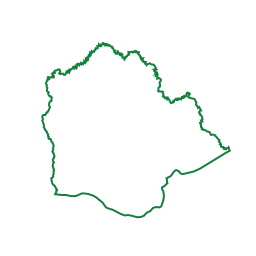 outline of Bugesera, Eastern, Rwanda, rotated 342°
{"feature_id": "39286606B3134655885223", "entity_name": "Bugesera", "entity_type": "district", "adm_level": 2, "iso_a3": "RWA", "parent_name": "Rwanda", "parent_adm1": "Eastern", "projection": "mercator", "projection_center": [30.152, -2.233], "detail": "fine", "context": "isolated", "style": "outline", "palette": "green", "viewbox_px": 256, "rotation_deg": 342, "n_neighbors": 0, "source": "geoboundaries", "source_scale": "gbopen_adm2", "svg_char_len": 5743}
<svg xmlns="http://www.w3.org/2000/svg" viewBox="0 0 256 256"><g transform="rotate(342 128 128)"><path d="M64.3,59.3L63.8,60.6L64.1,61.9L63.4,63.3L63.7,65.0L62.8,66.3L62.4,67.6L62.5,68.2L63.3,69.0L63.6,69.7L62.7,70.6L62.7,72.1L63.4,73.8L64.0,73.7L64.5,74.1L65.0,75.5L64.2,76.5L63.8,78.3L63.4,78.7L62.1,78.6L60.8,79.9L59.9,82.2L60.2,84.1L57.4,87.3L56.8,87.5L56.2,88.3L55.5,88.0L53.3,90.1L52.7,89.7L51.1,89.5L50.0,90.5L49.7,93.7L48.8,94.4L49.0,99.1L48.1,101.4L48.6,102.8L48.4,103.9L48.9,104.4L49.1,105.9L49.6,106.2L49.5,108.1L50.1,109.4L49.5,110.7L49.5,111.5L49.9,111.8L49.2,112.9L49.4,113.9L50.6,114.2L51.1,114.7L50.9,117.3L51.8,118.5L51.6,119.2L51.9,120.4L51.8,121.7L51.5,122.7L50.7,123.4L50.2,125.5L48.9,126.8L49.1,127.4L48.8,128.3L49.4,128.9L49.3,132.4L48.3,133.1L48.0,134.0L47.0,134.5L46.4,136.2L47.0,137.8L45.7,138.8L44.4,141.3L44.7,142.2L44.5,143.1L44.9,143.8L44.3,145.3L44.5,145.8L43.5,146.9L43.2,148.5L41.7,150.5L41.7,151.4L40.4,152.0L39.9,151.9L39.3,152.7L38.9,156.7L39.2,158.6L40.5,160.4L40.5,161.5L40.9,162.5L40.8,163.4L41.4,164.5L41.2,165.5L40.3,165.7L39.9,166.8L38.3,168.5L44.2,171.2L48.7,172.7L52.2,174.9L54.9,175.9L57.4,176.6L64.0,176.0L66.0,176.6L70.0,178.6L74.1,181.7L76.4,184.3L80.8,191.2L82.5,196.5L83.2,197.5L88.4,201.2L94.4,207.4L98.2,210.3L101.0,210.7L103.6,212.1L109.3,215.8L112.8,216.6L115.9,216.4L119.8,214.3L123.0,214.0L124.3,213.5L127.0,211.8L129.9,211.8L133.6,213.3L135.5,212.7L139.0,208.0L141.0,204.3L142.1,199.2L141.5,197.2L141.9,195.1L144.7,194.5L148.5,192.6L148.3,191.9L149.1,189.0L149.0,187.7L153.5,187.0L155.4,185.9L157.8,183.9L160.7,182.8L163.2,185.0L163.2,186.0L163.7,186.6L164.0,187.6L166.0,188.8L176.9,189.7L184.0,188.9L213.1,181.9L217.7,181.1L217.6,177.5L217.0,178.0L216.5,177.6L215.5,178.0L214.9,177.7L214.6,178.5L214.3,178.5L213.9,177.8L213.4,177.8L213.3,176.7L212.7,176.9L212.9,176.0L212.7,175.3L211.7,175.3L211.0,174.9L210.7,174.1L211.2,172.9L210.8,172.8L210.4,172.0L211.2,171.8L211.3,171.3L210.3,169.0L211.1,168.4L211.2,167.7L210.4,166.8L209.3,163.6L208.5,162.8L208.7,161.8L206.8,160.4L205.3,160.4L204.7,160.1L204.3,157.0L201.9,155.5L201.2,154.2L199.9,153.5L199.4,152.6L198.7,152.8L197.7,151.8L198.4,150.6L197.7,149.4L198.1,148.6L198.1,147.7L198.7,147.2L198.1,146.1L198.1,145.6L198.8,145.9L199.6,144.6L200.5,144.8L199.9,143.3L200.2,143.3L200.6,143.9L201.6,142.6L201.8,139.3L200.6,137.5L200.5,136.5L201.0,136.4L200.4,134.9L201.9,133.7L202.9,133.9L202.1,130.0L201.0,130.4L201.2,129.7L200.6,129.3L200.4,127.8L200.0,127.5L200.1,126.1L200.9,125.1L200.2,121.1L198.2,119.6L196.9,119.1L196.5,118.4L195.4,118.0L195.0,117.4L195.1,116.4L197.3,114.8L196.9,113.7L196.7,113.5L195.9,113.8L195.5,112.8L195.1,112.8L193.7,114.3L193.1,115.7L191.6,116.0L191.3,114.9L190.9,114.8L190.1,115.4L189.8,116.5L189.1,116.3L189.5,115.6L188.8,115.2L187.5,116.9L187.3,116.4L186.2,116.5L185.7,115.6L185.0,115.4L184.7,115.4L184.5,116.7L184.2,116.7L184.0,115.2L183.5,116.5L183.0,116.6L182.2,115.8L183.0,115.3L182.7,115.0L180.2,116.1L179.9,117.1L179.4,117.2L178.8,116.7L178.4,117.3L178.6,117.6L176.6,117.7L176.1,116.3L176.0,113.7L175.7,113.3L174.7,113.1L175.2,112.7L175.2,111.7L174.3,112.1L173.3,111.6L174.4,111.3L174.4,110.9L172.5,110.4L171.7,109.3L171.0,108.9L170.9,108.5L171.9,107.9L172.1,106.6L171.8,105.9L172.5,104.6L171.5,103.8L169.5,103.1L168.7,102.1L168.3,102.5L168.1,102.3L169.6,99.0L171.4,98.4L172.2,94.2L173.8,93.2L174.3,91.9L172.8,90.0L171.0,90.1L172.4,86.8L171.0,86.9L172.5,85.5L172.7,84.5L171.0,84.8L171.7,84.2L171.7,82.5L171.3,82.2L170.7,82.5L170.5,82.1L170.8,81.4L172.6,81.2L171.4,80.3L172.9,80.3L172.9,78.4L172.0,75.7L169.7,74.6L168.7,73.2L166.2,73.4L165.3,73.9L165.4,73.4L164.3,72.5L163.9,71.1L165.0,71.5L165.3,70.7L163.0,69.7L163.2,68.9L162.4,68.5L162.3,67.9L162.7,67.2L163.4,67.0L163.8,66.5L162.0,66.6L161.6,66.3L161.6,65.5L162.3,64.8L161.5,64.0L161.9,63.0L160.5,60.7L160.8,60.0L161.7,59.5L161.7,59.1L161.2,58.9L160.6,59.7L160.3,59.7L159.3,57.1L158.9,56.9L158.6,57.0L158.3,58.0L156.7,56.9L156.2,57.0L156.3,57.6L156.0,57.8L154.8,56.6L153.9,56.7L151.9,55.8L151.7,56.2L152.0,58.1L151.8,58.5L151.4,58.7L150.5,58.3L149.3,59.5L148.2,59.4L147.8,60.2L147.0,59.9L146.6,61.0L145.8,61.7L145.3,59.5L144.5,59.4L144.4,59.0L145.3,56.6L144.0,56.6L144.4,55.5L142.8,56.0L142.5,55.1L143.0,54.3L141.8,54.0L142.2,52.2L142.0,51.9L140.2,53.9L139.2,53.4L139.3,52.7L138.4,51.3L138.5,51.0L139.7,50.4L138.6,49.4L138.3,47.4L137.7,46.9L138.1,46.1L137.9,45.6L137.1,45.4L136.1,43.7L135.0,43.8L135.1,42.9L134.4,42.7L134.1,41.8L133.3,41.5L133.2,42.6L133.0,42.8L131.7,42.4L131.5,40.5L130.5,39.4L130.1,39.8L130.2,40.8L127.9,40.2L127.9,41.6L127.5,41.9L126.7,41.6L126.1,40.0L125.8,41.1L124.2,40.5L124.0,42.6L123.2,42.8L121.9,42.1L121.6,42.4L121.4,43.4L120.5,43.6L119.5,44.9L119.1,44.3L117.6,45.0L117.2,43.8L116.3,44.8L115.2,44.3L115.1,44.8L115.7,46.0L115.4,46.2L114.1,45.8L115.3,46.8L115.2,47.1L114.2,47.8L113.7,46.2L113.4,46.2L112.4,47.7L111.7,48.0L112.2,48.7L111.2,50.1L110.5,49.0L109.4,48.6L109.0,50.1L110.3,51.2L107.7,51.6L107.6,52.0L107.9,52.5L107.3,53.1L107.0,52.8L107.2,51.4L107.0,50.9L106.5,52.1L105.1,53.3L104.9,52.3L103.9,52.8L104.0,52.1L103.5,51.5L102.9,52.7L101.5,52.0L101.0,53.2L100.7,52.7L100.7,51.7L99.9,51.4L99.9,52.2L98.8,52.1L98.5,53.7L97.5,55.1L97.0,53.6L96.6,54.6L95.4,54.9L95.7,53.2L94.9,52.8L93.5,54.2L91.8,54.5L91.2,55.2L90.5,54.3L90.1,54.2L89.5,54.9L89.8,56.2L89.2,57.2L88.6,56.1L88.7,55.2L87.2,55.1L87.3,56.2L87.0,56.7L86.4,56.9L85.6,56.7L85.0,57.7L84.5,58.0L83.5,57.7L82.9,56.1L80.0,55.7L79.5,55.1L79.4,54.7L80.2,54.4L81.0,53.4L81.0,51.3L79.4,50.7L78.6,51.2L76.1,50.9L75.0,51.7L75.6,52.7L75.5,53.0L74.1,52.3L72.6,52.8L73.2,54.0L71.8,55.6L72.1,55.9L73.4,55.6L73.3,56.6L73.0,57.0L71.4,56.2L70.3,56.2L67.7,54.9L67.4,55.9L68.0,57.2L67.4,57.4L66.5,56.7L65.8,58.0L64.3,59.3Z" fill="none" stroke="#15803d" stroke-width="2"/></g></svg>